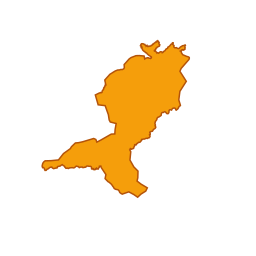 outline of Bu'rentogtox, Hövsgöl, Mongolia, rotated 147°
{"feature_id": "93677404B18763556334641", "entity_name": "Bu'rentogtox", "entity_type": "district", "adm_level": 2, "iso_a3": "MNG", "parent_name": "Mongolia", "parent_adm1": "Hövsgöl", "projection": "mercator", "projection_center": [99.405, 49.514], "detail": "fine", "context": "isolated", "style": "filled", "palette": "amber", "viewbox_px": 256, "rotation_deg": 147, "n_neighbors": 0, "source": "geoboundaries", "source_scale": "gbopen_adm2", "svg_char_len": 5766}
<svg xmlns="http://www.w3.org/2000/svg" viewBox="0 0 256 256"><g transform="rotate(147 128 128)"><path d="M144.4,67.3L147.7,74.0L149.3,78.6L146.9,80.9L143.1,86.4L144.3,92.2L143.8,100.1L138.6,106.6L138.5,108.6L138.1,108.6L137.9,109.1L137.2,109.5L137.0,109.3L136.9,109.1L137.1,108.7L136.9,108.4L136.3,108.2L135.7,108.3L135.2,108.0L134.6,107.9L134.0,108.1L133.9,108.5L132.2,109.4L132.0,109.6L131.7,110.2L131.5,110.3L131.1,110.3L130.7,109.6L130.3,109.4L130.0,109.5L129.1,110.1L128.2,110.0L127.1,110.2L126.6,110.1L126.0,109.6L125.6,109.6L123.4,110.2L123.3,110.3L123.4,110.6L122.8,111.0L122.2,110.6L121.2,110.4L120.1,109.7L118.4,109.5L117.3,108.6L116.2,108.7L115.7,108.3L115.4,108.3L114.2,108.8L113.6,110.7L113.4,110.7L113.0,110.4L112.5,111.1L112.2,111.7L112.2,112.4L112.0,112.6L111.6,112.7L110.6,112.5L109.2,112.0L107.5,112.9L105.6,112.9L105.0,113.1L104.2,113.6L104.1,115.1L103.8,115.4L103.4,115.5L102.9,117.3L102.0,118.0L101.6,118.5L99.6,119.2L99.0,119.6L98.6,120.2L97.4,120.7L95.6,120.4L93.4,120.5L93.1,120.8L92.2,121.9L91.1,122.4L90.6,122.3L89.8,121.7L88.9,121.8L88.2,121.6L87.9,121.1L87.6,119.1L87.4,118.7L86.6,118.2L85.4,118.6L84.0,120.3L83.3,120.6L82.4,120.2L81.7,119.3L80.7,119.9L80.0,120.1L79.3,120.0L78.2,119.5L77.9,119.1L77.6,118.5L77.9,117.8L78.0,117.0L77.8,116.7L75.8,116.9L74.9,117.3L74.6,117.6L73.0,118.3L72.0,118.2L71.7,118.4L70.1,123.9L64.5,130.5L53.7,135.4L53.6,147.3L51.0,149.0L39.5,152.3L38.6,153.1L38.2,153.8L38.4,154.3L38.7,154.9L39.8,156.1L42.2,159.7L42.2,161.0L42.3,161.6L42.0,162.3L41.9,163.1L42.2,163.9L41.2,163.6L40.9,163.8L41.3,164.0L40.8,164.3L40.1,164.0L39.7,164.1L39.3,163.8L39.5,163.5L38.9,163.0L37.2,163.1L37.1,163.3L37.3,163.4L36.8,163.8L36.7,164.2L36.2,164.5L36.2,164.8L35.7,165.6L35.4,165.9L34.9,166.0L34.9,166.6L35.8,166.6L37.7,167.4L38.5,167.2L39.2,167.4L40.4,167.3L41.7,166.9L42.4,167.1L43.2,168.0L43.7,169.1L44.9,169.6L45.2,170.1L45.4,170.6L45.2,171.4L44.6,171.8L44.6,172.7L45.0,173.7L44.7,174.1L44.4,174.2L44.1,174.3L43.7,174.8L43.9,175.1L44.3,175.2L44.7,175.1L45.1,174.6L46.2,174.8L48.4,174.1L49.6,174.0L50.5,174.1L50.9,173.8L51.4,173.3L53.2,173.5L54.9,172.7L56.3,172.8L57.4,172.4L58.2,172.5L58.0,172.9L58.1,173.2L58.5,173.7L59.3,174.3L60.2,174.3L61.4,174.1L62.3,174.3L61.9,174.4L61.9,174.6L62.1,174.8L62.6,175.6L62.9,175.4L63.0,177.3L63.9,178.1L63.9,178.4L63.4,178.8L62.6,178.6L62.1,178.7L61.3,179.6L60.3,179.5L59.7,179.9L57.0,179.6L56.6,179.9L56.4,180.4L56.0,180.5L56.2,181.5L56.2,181.8L55.8,182.2L55.8,182.5L55.5,182.5L55.3,182.7L55.3,183.1L55.4,183.5L55.4,184.1L55.5,184.6L55.5,185.0L56.1,184.9L56.3,185.0L56.3,184.5L56.7,184.8L57.3,184.6L58.0,185.1L59.0,184.8L59.7,184.9L61.4,184.5L61.7,184.8L61.9,184.6L62.3,184.6L63.0,184.3L63.5,184.6L63.7,184.4L65.0,184.6L65.4,185.0L65.9,185.1L65.9,185.3L66.4,185.4L66.7,185.6L66.7,185.4L66.9,185.5L66.9,186.0L67.2,186.0L67.2,186.3L67.5,186.6L67.5,186.8L67.8,186.8L67.6,187.0L67.9,187.0L68.2,187.3L68.4,188.4L68.5,188.5L68.4,188.9L68.8,189.1L68.8,189.4L69.2,189.9L69.2,190.1L70.3,191.1L70.9,191.3L71.3,191.0L71.5,191.0L71.6,190.8L71.9,190.8L72.0,190.5L72.2,190.1L72.5,190.1L72.4,189.9L72.6,189.8L72.4,189.5L72.4,189.3L72.5,189.1L72.7,188.9L72.4,188.8L72.3,188.5L72.6,188.5L72.8,188.2L72.5,188.2L72.4,188.0L72.8,187.6L73.2,185.7L73.1,184.7L72.7,183.4L72.3,182.6L72.2,181.6L71.6,181.0L71.5,179.7L71.0,177.9L69.7,174.9L69.7,174.7L70.5,174.0L71.2,174.0L71.3,174.4L72.4,175.0L72.6,175.7L73.5,176.4L73.9,176.4L74.8,176.8L76.4,176.8L75.3,179.6L79.1,182.6L81.9,184.3L87.0,185.4L89.4,185.3L96.7,183.3L98.1,180.8L99.1,180.0L100.0,180.0L101.2,180.2L101.8,180.8L102.2,181.0L103.4,181.3L105.2,182.3L107.9,182.8L114.0,182.9L121.3,180.9L121.5,180.5L121.5,180.2L122.0,179.4L122.1,178.7L122.6,177.9L122.6,177.6L122.9,177.2L122.8,176.7L123.1,176.4L123.5,176.3L123.5,176.2L123.7,176.3L123.8,176.1L124.5,175.9L124.6,175.6L124.8,175.4L125.0,175.4L125.1,175.2L125.6,175.2L125.9,174.9L126.2,174.9L126.2,174.7L126.7,174.6L127.0,174.4L127.1,174.1L127.8,173.5L128.2,173.6L129.3,173.2L130.4,172.1L130.8,172.0L131.4,172.4L131.5,172.6L131.9,172.7L132.1,172.6L133.0,173.0L137.4,173.5L140.4,163.7L135.0,159.2L137.2,149.9L139.4,145.0L139.6,142.7L135.5,138.2L139.5,133.9L142.3,130.2L145.4,132.0L157.5,132.7L161.8,133.1L161.2,135.9L162.5,137.9L173.7,141.2L177.4,142.6L180.3,144.1L185.6,143.1L187.6,142.1L196.0,141.7L203.7,139.1L210.3,142.5L215.4,145.6L216.8,145.5L218.1,145.1L219.2,144.4L220.8,142.8L220.9,142.1L221.2,141.5L221.2,141.2L220.6,141.1L220.4,140.8L220.2,139.6L220.3,139.3L220.7,138.5L220.6,137.5L219.8,137.4L219.6,137.1L218.4,137.5L217.0,137.2L215.3,137.5L214.3,137.3L213.2,136.7L213.2,135.8L212.8,134.9L212.5,134.4L210.6,133.8L209.4,133.2L208.9,133.2L208.5,133.8L208.0,134.0L205.5,133.0L203.9,133.2L203.0,133.0L202.8,131.8L202.2,130.8L202.1,130.2L202.3,129.5L202.1,129.0L202.0,128.0L200.4,127.2L200.3,126.7L200.1,126.5L199.7,126.4L198.8,126.4L196.3,125.1L195.7,124.4L195.0,124.0L194.1,123.9L192.5,124.2L191.8,124.0L191.3,123.2L190.6,122.7L190.5,121.4L190.3,121.2L189.5,121.2L189.0,121.0L187.5,120.0L187.4,119.3L186.4,118.9L186.0,118.8L185.5,118.5L185.3,118.6L184.7,118.2L183.7,118.5L183.4,118.5L182.3,117.9L181.6,117.1L180.2,116.2L180.0,115.8L180.0,115.1L180.8,113.6L180.7,113.3L180.5,113.2L180.0,113.3L179.4,113.1L179.3,112.9L179.7,112.6L179.7,112.1L179.0,111.4L178.3,111.0L178.0,111.0L177.7,111.4L177.5,110.9L177.1,110.8L176.7,111.0L176.4,111.5L176.2,111.5L176.1,110.8L175.8,110.2L175.6,109.9L175.2,109.8L174.7,110.3L173.3,110.8L172.8,111.5L172.1,111.0L171.7,111.0L171.3,111.4L172.0,109.5L171.9,101.0L174.8,98.0L174.0,93.9L173.4,92.8L172.6,90.1L172.5,89.0L172.5,87.4L172.4,86.6L172.5,84.7L171.8,83.4L170.0,81.6L169.7,80.3L169.9,79.4L170.0,78.3L169.5,76.8L169.1,76.3L168.9,75.7L162.1,74.0L159.3,68.9L157.6,64.7L153.0,65.5L147.5,65.4L144.4,67.3Z" fill="#f59e0b" stroke="#b45309" stroke-width="1.5"/></g></svg>